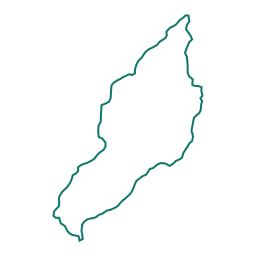 Jesuânia, Minas Gerais, Brazil
{"feature_id": "56859067B57455178393428", "entity_name": "Jesuânia", "entity_type": "district", "adm_level": 2, "iso_a3": "BRA", "parent_name": "Brazil", "parent_adm1": "Minas Gerais", "projection": "equal_earth", "projection_center": [-45.279, -22.008], "detail": "fine", "context": "isolated", "style": "outline", "palette": "teal", "viewbox_px": 256, "rotation_deg": 0, "n_neighbors": 0, "source": "geoboundaries", "source_scale": "gbopen_adm2", "svg_char_len": 1908}
<svg xmlns="http://www.w3.org/2000/svg" viewBox="0 0 256 256"><path d="M145.4,52.0L143.5,54.8L141.6,57.8L138.3,60.9L136.0,65.7L134.9,70.0L134.9,73.4L132.2,75.0L129.1,74.2L125.8,75.9L123.2,77.0L121.0,78.6L117.3,80.4L114.0,82.5L111.5,85.4L111.0,91.7L110.6,98.3L109.0,101.8L105.6,103.5L101.6,105.1L101.2,110.8L100.8,117.2L100.8,121.7L98.6,125.7L98.2,131.3L98.7,136.9L102.5,138.7L105.5,142.7L105.5,146.5L103.6,149.8L99.6,152.6L96.7,155.6L94.5,158.6L92.0,160.4L89.5,161.7L86.8,163.1L83.4,164.0L80.6,165.3L78.1,167.2L78.1,171.0L76.2,173.3L72.7,175.3L71.6,179.5L69.8,183.4L66.7,187.6L62.6,191.4L60.0,195.1L58.9,198.1L59.2,202.1L58.9,206.2L56.5,208.7L54.0,211.5L53.5,215.8L55.7,217.8L59.1,217.8L60.8,223.3L65.0,226.1L67.1,230.5L69.4,233.3L72.4,235.0L75.2,235.4L78.7,236.4L79.5,240.6L82.7,239.0L82.3,235.2L81.5,231.0L82.1,224.8L84.2,221.7L87.3,219.3L90.8,218.4L93.4,218.2L96.1,217.0L98.9,214.9L102.7,213.5L106.8,210.6L110.2,209.9L112.9,208.7L115.5,207.5L117.8,206.0L120.4,202.8L122.7,200.5L125.3,198.5L128.4,195.6L130.7,193.4L133.0,189.2L134.5,185.1L136.3,181.0L139.4,178.5L142.4,176.3L146.1,174.6L147.9,172.1L149.6,169.1L153.4,167.9L156.7,164.9L160.2,163.2L163.8,163.2L166.2,163.9L169.6,165.9L173.2,163.7L176.0,160.8L179.2,159.6L182.0,157.8L183.3,153.1L185.8,149.1L187.7,146.5L189.2,143.6L192.2,140.9L193.0,136.2L191.5,130.6L192.5,125.4L193.0,122.1L194.0,117.7L196.8,115.0L199.3,113.0L200.7,110.0L201.2,104.4L202.1,101.3L200.4,98.2L202.5,95.8L201.3,90.7L201.6,87.2L198.1,86.0L195.2,86.0L192.3,84.9L192.7,79.4L188.9,76.1L187.6,72.2L187.7,65.8L187.3,61.2L186.9,57.0L185.0,52.9L186.9,47.6L189.1,42.5L192.1,39.3L190.6,35.8L188.6,32.9L186.0,29.2L186.9,25.0L189.4,21.2L188.4,15.5L185.7,15.4L182.7,18.1L179.8,20.1L177.8,22.5L175.9,24.6L173.6,26.1L171.1,27.2L168.7,29.0L166.4,31.8L166.8,35.1L165.5,38.0L162.4,40.0L159.3,42.0L157.2,44.9L153.4,47.1L149.1,49.1L145.4,52.0Z" fill="none" stroke="#0f766e" stroke-width="2"/></svg>